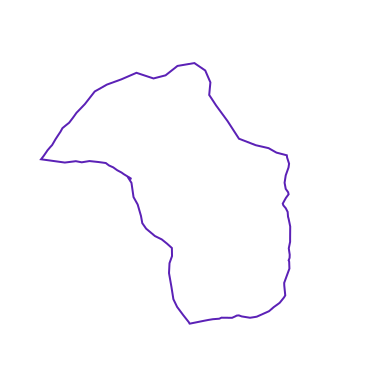 the district of Lac Léré, Mayo-Kebbi Ouest, Chad, rotated 223°
{"feature_id": "50815135B81119267829848", "entity_name": "Lac Léré", "entity_type": "district", "adm_level": 2, "iso_a3": "TCD", "parent_name": "Chad", "parent_adm1": "Mayo-Kebbi Ouest", "projection": "albers", "projection_center": [14.353, 9.616], "detail": "fine", "context": "isolated", "style": "outline", "palette": "violet", "viewbox_px": 384, "rotation_deg": 223, "n_neighbors": 0, "source": "geoboundaries", "source_scale": "gbopen_adm2", "svg_char_len": 1717}
<svg xmlns="http://www.w3.org/2000/svg" viewBox="0 0 384 384"><g transform="rotate(223 192 192)"><path d="M324.7,113.0L305.1,126.8L299.4,133.6L298.0,135.3L292.9,138.5L288.1,144.7L280.9,150.1L274.8,154.4L270.8,154.8L266.4,156.3L261.6,156.9L256.7,158.2L254.2,158.5L245.3,160.3L247.5,158.7L242.5,157.4L231.3,148.4L223.2,145.8L213.0,139.7L207.1,135.3L200.5,133.9L189.1,134.5L181.8,136.7L175.0,137.2L168.5,137.3L162.9,131.5L159.9,124.6L153.5,117.0L142.1,108.4L132.5,100.9L124.5,97.8L114.6,96.0L105.5,94.6L104.0,94.1L103.7,94.4L101.7,97.2L95.4,106.0L92.7,109.7L89.9,113.3L86.4,117.1L85.6,118.0L85.1,119.3L84.7,120.2L76.9,127.3L75.6,130.4L75.0,132.1L73.6,133.7L70.8,134.9L63.8,139.6L60.8,143.4L59.6,145.0L54.4,157.3L53.7,163.6L52.6,169.1L52.3,170.8L52.5,173.7L52.8,177.7L53.3,180.0L60.6,186.4L62.6,188.4L65.9,196.2L68.5,202.4L72.9,206.8L73.8,207.6L74.7,207.9L75.4,209.7L75.8,210.5L77.8,212.8L80.2,214.7L82.8,216.8L85.8,221.7L86.2,222.4L89.0,225.4L96.6,233.7L99.1,235.5L101.8,237.4L103.1,238.3L103.4,238.5L104.9,239.4L108.5,242.7L109.4,243.0L112.4,244.1L116.0,244.5L117.7,245.4L118.7,249.3L119.3,251.8L119.8,256.2L121.6,257.4L125.6,258.2L130.6,261.9L134.8,268.1L138.1,275.7L138.5,276.3L140.3,278.9L146.0,282.1L147.7,283.5L157.1,278.4L165.9,276.3L177.3,269.7L194.0,263.0L214.3,268.1L233.3,271.7L245.6,274.7L253.3,284.7L265.2,289.9L278.2,287.9L288.6,274.3L290.9,259.3L297.6,248.8L313.9,241.3L320.5,226.2L327.5,212.5L331.7,199.2L330.3,183.1L330.5,171.2L329.7,165.0L329.4,161.9L329.2,160.0L329.1,158.8L329.7,154.9L329.9,153.4L330.3,150.3L329.8,148.4L329.3,146.4L328.6,142.1L327.8,137.5L326.3,130.9L326.3,128.3L326.2,126.1L326.1,123.8L325.9,122.7L325.1,117.3L324.7,113.0Z" fill="none" stroke="#5b21b6" stroke-width="2"/></g></svg>